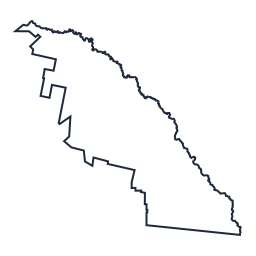 Quebrachos, Santiago del Estero, Argentina (Mercator projection)
{"feature_id": "61730980B41889863901757", "entity_name": "Quebrachos", "entity_type": "district", "adm_level": 2, "iso_a3": "ARG", "parent_name": "Argentina", "parent_adm1": "Santiago del Estero", "projection": "mercator", "projection_center": [-63.316, -29.355], "detail": "fine", "context": "isolated", "style": "outline", "palette": "slate", "viewbox_px": 256, "rotation_deg": 0, "n_neighbors": 0, "source": "geoboundaries", "source_scale": "gbopen_adm2", "svg_char_len": 5694}
<svg xmlns="http://www.w3.org/2000/svg" viewBox="0 0 256 256"><path d="M146.5,225.2L239.9,234.9L239.9,233.6L240.5,232.7L240.5,231.9L240.0,231.1L240.2,230.6L239.9,229.4L240.3,228.5L240.2,227.7L240.6,227.5L240.5,227.0L240.1,226.8L239.2,226.9L237.6,225.6L237.3,225.1L237.8,224.4L237.7,223.5L237.2,222.8L236.5,222.8L235.1,220.9L233.2,220.9L231.7,219.3L232.0,217.3L232.3,216.9L232.4,216.3L232.2,215.3L231.9,214.9L231.8,213.7L232.8,212.5L233.2,211.2L232.9,210.5L231.9,210.0L232.0,209.2L231.9,208.5L232.4,207.9L232.8,206.4L232.5,205.9L232.9,205.0L232.7,204.2L232.9,203.7L232.5,203.0L232.4,202.2L232.8,201.6L232.6,200.6L230.8,199.9L230.4,199.0L229.4,198.6L229.1,197.6L229.4,197.1L229.1,196.7L228.9,196.8L228.1,196.6L226.4,195.6L225.9,195.8L225.6,194.5L225.1,193.4L224.7,193.1L220.3,193.6L219.7,192.6L218.4,191.7L218.2,191.2L216.6,190.2L214.9,190.1L214.3,189.8L214.5,189.3L214.9,189.1L214.2,187.2L212.9,186.1L212.7,185.3L212.3,184.9L211.2,184.8L210.4,184.4L210.3,182.9L209.7,182.0L209.2,181.8L208.8,181.0L208.2,180.8L208.2,180.2L208.9,180.1L208.7,179.7L209.3,179.0L208.3,177.4L208.4,176.3L208.2,176.0L207.1,175.3L204.7,175.4L204.1,175.6L202.8,174.9L201.6,173.4L201.2,172.7L201.3,171.5L200.9,170.5L201.2,170.0L201.1,169.5L200.3,168.5L199.2,168.1L199.0,167.7L198.7,166.0L197.6,164.9L196.9,164.5L194.9,164.3L194.0,163.6L193.2,162.3L193.2,161.4L194.2,160.3L195.1,159.0L195.2,157.8L194.8,157.2L194.0,156.8L193.6,157.1L192.3,157.2L191.4,157.9L190.1,156.8L190.0,155.4L189.6,155.1L189.6,154.7L189.2,154.3L188.8,152.7L188.6,152.5L188.3,152.6L187.5,151.5L187.5,149.9L187.2,148.8L184.1,147.9L184.2,147.7L182.9,145.5L182.9,144.5L182.8,144.2L182.9,143.5L182.4,143.3L181.6,142.5L181.5,141.7L180.1,140.8L179.8,139.9L179.3,139.6L179.0,139.0L177.7,139.3L177.2,139.7L175.3,139.4L175.2,138.4L174.8,137.7L175.1,135.4L175.3,134.5L176.0,133.6L175.9,133.0L177.3,131.3L177.1,130.4L177.3,129.5L176.6,128.6L176.4,127.8L176.5,127.4L176.9,127.2L177.0,126.8L176.8,126.1L176.0,124.2L174.4,122.4L174.4,121.7L174.7,121.3L174.7,120.4L174.4,120.1L174.2,119.2L173.2,118.7L172.4,118.9L171.3,118.7L170.6,118.2L169.3,117.9L169.0,117.5L168.8,117.0L169.2,116.1L169.9,115.5L170.1,114.9L170.1,114.5L169.6,113.7L169.2,113.4L169.2,113.0L167.3,113.0L166.8,113.4L167.0,114.0L166.7,114.0L165.5,112.9L164.7,112.8L164.7,112.6L163.8,112.1L163.5,111.3L162.8,110.5L162.6,109.2L161.5,108.7L160.2,107.4L159.9,106.5L159.5,106.4L159.3,106.1L159.4,105.7L159.2,105.4L159.4,105.3L159.0,104.7L159.0,103.9L158.4,103.8L158.1,103.5L158.5,101.4L157.9,100.9L156.8,100.5L155.7,100.5L155.5,100.2L155.7,99.8L155.5,99.5L154.5,99.4L154.5,99.0L153.8,98.5L153.3,98.4L152.9,98.7L152.5,98.3L151.3,98.1L151.1,97.4L150.4,97.1L149.9,97.2L149.4,97.1L149.2,96.9L147.5,96.5L146.6,96.8L146.6,97.6L145.7,97.6L145.7,98.2L144.7,98.1L144.5,97.8L144.3,96.8L143.7,96.2L143.6,95.2L143.4,95.1L142.9,95.4L142.1,94.9L142.2,94.2L141.4,94.2L141.4,93.6L141.2,93.5L141.0,92.9L140.2,92.7L140.3,92.0L139.8,91.0L139.0,90.8L139.1,90.0L138.9,89.6L139.9,88.8L139.7,88.3L140.0,87.5L139.7,87.2L139.3,87.6L139.1,87.3L138.6,87.1L137.8,85.8L137.7,85.0L138.1,84.1L137.9,83.0L137.6,82.8L137.6,82.2L137.1,81.7L136.9,80.5L136.3,79.6L136.9,79.2L136.5,78.2L136.1,77.8L135.1,77.1L132.0,77.3L131.3,76.9L130.7,77.3L129.7,77.2L129.3,77.0L129.1,76.5L129.2,75.5L128.3,75.7L128.0,75.3L127.8,75.3L127.4,76.0L127.1,76.2L127.3,76.7L126.8,77.6L126.0,77.2L125.4,77.6L124.1,77.2L123.9,76.1L123.0,75.6L122.8,75.0L123.3,73.5L122.5,72.2L122.3,71.4L122.5,71.1L121.8,70.7L121.6,70.3L121.8,69.6L121.2,68.3L121.4,67.8L120.5,67.2L120.5,66.2L120.7,65.9L121.2,65.7L121.2,65.1L119.9,64.3L119.2,64.5L118.8,63.8L117.9,63.3L116.9,63.1L117.0,62.7L117.5,62.1L117.4,61.7L115.2,61.7L113.3,61.0L113.2,59.8L111.9,58.1L111.6,58.2L111.1,59.2L110.5,59.3L110.3,59.1L110.3,58.2L110.9,56.9L110.4,56.5L109.1,56.1L108.7,55.8L108.7,54.9L108.4,54.4L106.2,54.5L105.4,54.2L105.2,53.9L105.3,52.4L105.0,51.8L104.3,51.8L103.5,53.0L102.7,53.1L102.3,52.2L101.5,51.8L98.9,51.5L98.2,51.9L97.8,51.9L97.3,51.5L97.2,50.4L96.1,49.5L94.3,49.2L93.5,50.4L92.6,50.3L92.3,50.0L92.3,49.5L93.0,47.7L93.0,47.0L92.1,45.8L92.1,45.1L92.8,43.3L92.6,42.7L91.9,42.1L91.8,41.5L91.8,41.0L92.4,40.3L92.6,39.8L92.5,39.4L92.1,39.2L91.6,38.5L91.2,38.4L90.3,38.9L90.3,39.7L90.6,40.4L90.7,41.0L89.8,41.8L89.0,41.6L88.6,39.6L87.6,38.5L86.8,38.2L85.8,38.3L85.4,38.9L85.0,40.5L84.2,40.6L83.8,40.1L83.8,39.7L83.1,39.2L82.6,38.3L82.4,37.2L80.8,36.9L80.1,35.9L80.3,35.3L81.1,34.7L81.0,34.1L80.8,33.7L79.8,33.6L79.0,33.0L78.6,33.0L77.8,34.0L76.9,34.4L76.4,34.0L76.2,32.5L75.9,32.3L75.6,32.6L75.4,33.6L75.1,33.9L74.6,33.9L73.4,33.0L73.1,32.4L73.5,31.6L73.4,31.0L72.4,30.1L71.7,30.2L71.5,30.9L71.2,31.1L70.5,31.1L70.1,29.5L69.5,29.3L69.2,29.6L68.9,31.2L68.5,31.7L66.6,31.5L66.3,32.2L65.9,32.2L65.6,31.5L64.6,31.3L63.8,32.6L63.2,33.1L61.2,32.8L60.3,32.3L59.2,32.9L58.6,32.9L58.4,32.5L58.3,31.6L58.1,31.2L57.7,31.2L57.3,31.3L57.0,32.0L56.3,32.2L55.4,32.0L54.6,31.3L54.0,31.2L53.7,32.2L53.3,32.5L52.9,32.4L51.9,30.9L51.8,29.6L49.9,29.8L49.0,29.1L48.3,29.0L47.1,29.7L46.6,29.5L46.4,28.3L46.2,28.1L43.8,28.4L41.2,28.0L40.7,27.8L39.5,26.3L37.7,26.3L36.2,25.8L35.8,25.4L35.2,23.5L33.2,23.1L32.3,21.1L31.3,21.3L29.9,22.4L28.9,23.8L27.5,25.3L26.1,25.5L23.9,24.9L23.2,24.9L15.4,31.2L29.0,31.3L35.6,36.9L38.0,34.7L40.3,36.8L30.2,46.4L33.2,49.5L32.3,54.0L55.9,59.3L53.6,70.7L44.7,69.0L43.1,78.1L44.1,78.3L40.6,95.9L49.5,97.8L52.0,84.9L65.7,87.7L58.7,123.1L59.7,124.0L70.4,116.5L69.2,136.5L64.1,141.2L71.4,147.4L83.8,150.5L85.0,161.5L92.4,165.8L93.5,157.5L108.1,161.4L107.7,163.9L134.6,170.1L131.7,182.0L131.6,188.0L135.4,187.9L135.5,190.7L141.2,190.6L140.9,192.0L144.9,192.8L144.8,204.2L146.5,204.2L146.5,209.8L147.3,209.8L147.3,212.4L146.5,212.5L146.5,225.2Z" fill="none" stroke="#1e293b" stroke-width="2"/></svg>